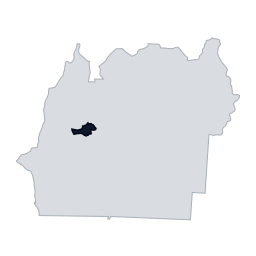 Sharg An Neel, Khartoum, Sudan (highlighted), rotated 181°
{"feature_id": "16777658B39366456594232", "entity_name": "Sharg An Neel", "entity_type": "district", "adm_level": 2, "iso_a3": "SDN", "parent_name": "Sudan", "parent_adm1": "Khartoum", "projection": "orthographic", "projection_center": [33.17, 15.691], "detail": "fine", "context": "in_parent", "style": "filled", "palette": "ink", "viewbox_px": 256, "rotation_deg": 181, "n_neighbors": 0, "source": "geoboundaries", "source_scale": "gbopen_adm2", "svg_char_len": 5484}
<svg xmlns="http://www.w3.org/2000/svg" viewBox="0 0 256 256"><g transform="rotate(181 128 128)"><path d="M180.4,211.3L177.8,211.3L177.6,210.7L177.6,209.0L177.9,207.8L178.8,205.8L178.6,204.7L178.7,203.2L178.0,201.5L172.0,196.4L170.8,195.0L167.5,193.7L168.1,192.3L166.7,182.0L167.4,180.8L167.6,178.9L167.6,177.4L168.4,174.7L168.4,173.6L162.0,173.5L161.9,174.6L162.2,175.9L162.2,176.4L153.3,176.4L156.9,180.5L157.0,182.3L156.8,184.5L156.8,185.9L157.0,186.9L158.0,188.7L157.9,189.0L157.7,189.5L151.3,194.8L150.3,197.3L149.4,198.6L147.5,200.9L141.7,206.6L140.7,207.0L136.3,207.1L135.9,207.2L135.5,207.5L135.3,207.4L131.6,204.0L125.2,199.8L121.0,201.9L119.8,202.7L119.8,204.6L119.1,205.6L118.0,206.7L114.9,207.3L113.2,207.9L111.3,208.9L109.4,210.7L109.2,211.7L109.4,212.6L98.7,212.3L98.0,211.6L96.5,208.5L95.4,208.7L85.6,208.0L84.2,208.3L81.4,209.5L79.9,209.7L78.5,209.0L73.5,202.9L72.4,202.1L71.3,200.6L70.2,200.0L69.8,199.5L69.7,198.8L69.8,197.5L69.4,196.7L68.6,196.5L61.7,197.6L60.8,197.4L59.3,197.6L58.8,197.8L58.2,198.6L58.1,200.3L57.9,201.1L57.3,202.0L55.3,203.9L54.9,204.8L54.9,207.0L54.7,208.2L54.4,208.7L53.5,209.5L53.2,210.0L52.8,212.9L51.7,214.5L51.4,215.2L51.3,216.4L51.2,216.8L48.0,217.6L46.8,218.2L46.1,219.2L45.9,219.6L44.6,219.2L42.9,218.8L39.7,218.4L38.4,217.9L37.8,217.2L38.0,215.4L37.7,215.0L37.2,214.7L36.9,213.9L37.0,213.0L38.7,211.1L39.1,210.1L39.7,205.0L39.6,203.5L38.4,200.6L35.4,195.6L34.7,194.6L30.9,190.4L30.5,189.7L29.6,188.0L30.8,184.3L30.9,183.3L30.7,182.2L29.7,181.4L28.8,181.2L27.7,180.2L27.0,179.7L26.4,178.8L26.0,177.5L26.5,173.1L26.3,172.5L25.3,172.3L25.1,172.0L25.1,171.2L24.7,168.6L24.2,166.5L24.6,165.4L23.8,163.8L22.3,163.0L19.2,163.4L18.2,163.3L17.6,162.9L17.1,162.3L16.9,161.6L17.2,160.6L18.2,158.8L19.3,157.3L21.6,156.1L22.2,155.3L22.6,154.5L22.7,153.6L22.6,152.6L22.3,151.6L21.8,150.4L21.2,148.9L21.3,148.0L21.6,147.3L22.2,146.5L24.4,145.0L26.7,143.8L27.1,143.3L27.0,142.7L26.0,141.6L25.8,139.4L25.3,137.9L26.5,136.8L27.4,136.4L28.7,136.2L29.2,135.7L29.4,134.8L29.4,133.9L29.9,133.3L30.6,132.0L31.1,131.4L32.9,129.8L33.3,128.8L33.5,127.8L33.2,124.7L34.2,123.5L35.5,122.5L37.3,122.7L40.1,122.6L42.1,122.2L43.4,122.3L46.5,123.0L46.8,122.8L47.0,122.0L49.8,64.1L62.4,64.7L62.6,64.6L64.0,37.3L143.1,39.2L143.7,39.1L145.0,36.6L145.5,36.4L146.3,36.6L146.6,37.2L145.9,39.2L215.2,38.9L215.4,42.0L216.0,44.5L218.1,48.0L219.8,49.9L220.4,51.0L220.5,51.5L220.4,51.9L219.9,51.4L219.1,51.1L219.0,52.7L219.5,56.1L220.2,58.5L219.8,60.8L219.9,64.5L220.9,69.0L220.8,71.9L222.5,78.6L224.0,82.3L224.8,83.2L225.7,83.7L227.4,83.9L229.9,85.8L231.9,87.7L232.7,88.8L233.7,89.9L234.3,89.7L234.7,89.4L235.4,90.3L238.6,92.2L239.1,93.1L238.0,94.1L236.7,95.7L236.1,97.2L235.8,97.6L234.7,98.6L234.6,99.0L234.1,99.3L233.6,99.3L232.6,99.9L231.6,99.7L230.6,100.0L230.3,100.4L229.5,100.7L228.5,100.9L226.9,102.2L225.4,102.8L225.0,103.3L224.3,105.8L223.7,106.4L221.6,106.5L220.6,106.8L219.2,106.5L218.5,106.6L218.3,107.1L218.1,109.2L218.1,110.1L217.0,112.6L217.4,117.1L216.3,120.5L216.2,121.3L215.0,124.0L214.5,125.0L213.0,130.0L212.5,131.6L211.2,133.2L212.7,145.2L211.7,148.9L211.8,150.9L211.1,153.9L210.5,155.3L209.5,156.9L208.7,158.8L208.1,161.3L207.7,165.9L207.4,166.3L203.6,166.9L202.4,167.3L201.6,167.8L200.6,169.0L198.7,172.3L197.6,174.3L196.0,177.0L194.2,178.9L193.8,179.9L193.5,181.6L192.8,184.4L192.2,186.4L192.3,187.9L191.7,190.7L191.8,192.0L191.2,192.8L190.3,193.5L189.7,193.7L187.0,191.8L185.1,193.1L183.9,194.9L183.0,196.7L183.5,200.5L183.5,201.3L183.2,202.2L181.4,205.9L180.9,207.6L180.4,210.6L180.4,211.3Z" fill="#d9dde1" stroke="#a8b0b8" stroke-width="1"/><path d="M184.1,125.9L183.5,123.6L183.1,123.0L182.5,121.9L182.1,121.3L182.1,121.2L181.9,120.8L181.4,120.9L180.0,121.2L179.2,121.4L178.8,121.5L178.7,121.5L177.4,121.6L176.9,121.7L174.6,121.8L173.5,121.4L172.8,121.1L172.5,120.8L171.8,120.3L171.6,120.0L170.5,119.7L170.2,119.5L169.8,119.4L169.6,119.3L168.4,120.3L168.2,120.5L168.0,120.4L168.1,120.1L167.9,120.0L167.6,120.2L167.5,120.5L167.8,120.9L167.9,121.1L167.8,121.4L167.6,121.5L167.0,121.6L166.6,121.6L166.2,121.4L165.7,121.3L165.1,121.4L164.8,121.6L164.7,122.0L164.9,123.0L165.2,124.8L165.3,125.8L165.3,126.0L165.0,126.0L164.7,125.9L164.2,125.7L163.5,125.4L163.2,125.3L162.4,125.3L162.0,125.4L161.6,125.5L161.4,125.6L161.2,125.6L161.1,125.8L160.9,125.9L160.4,125.9L160.3,126.0L160.3,126.4L160.3,126.6L160.2,126.8L160.3,126.8L160.4,127.0L160.4,127.3L160.5,127.5L160.7,127.9L160.8,128.0L161.0,128.1L161.4,128.2L161.4,128.3L161.5,128.5L161.8,128.8L162.0,128.9L162.0,129.0L161.9,129.2L161.9,129.3L162.0,129.4L162.0,129.5L162.5,129.7L162.5,129.8L162.6,130.0L162.8,130.1L162.9,130.3L162.9,130.5L163.0,130.5L163.3,130.6L163.5,130.7L163.8,130.8L164.0,130.8L164.2,131.0L164.3,131.1L164.5,131.1L164.6,131.3L164.8,131.6L165.0,131.7L165.3,131.7L165.5,131.6L165.8,131.6L166.1,131.5L166.3,131.4L166.6,131.4L166.8,131.4L167.3,131.5L167.8,132.2L168.0,132.4L168.4,132.4L168.5,132.3L168.6,132.2L168.6,131.5L168.6,131.3L169.2,131.0L169.3,130.9L169.9,130.0L170.7,130.1L170.8,130.1L171.3,129.8L172.2,129.3L172.8,128.9L173.3,129.1L173.3,128.7L173.4,128.1L173.4,127.9L173.5,127.7L173.7,127.3L173.9,127.0L174.0,126.7L174.0,126.4L174.2,126.2L174.3,126.1L174.5,126.0L174.6,125.9L174.8,125.8L175.0,125.9L175.3,125.9L175.5,125.7L175.8,125.6L176.1,125.5L176.4,125.5L176.8,125.4L178.0,125.1L178.9,124.8L179.4,125.0L179.8,125.1L180.1,125.2L180.3,125.3L180.5,125.3L180.8,125.3L181.2,125.4L182.9,125.7L183.9,125.9L184.1,125.9Z" fill="#0f172a" stroke="#020617" stroke-width="1.5"/></g></svg>